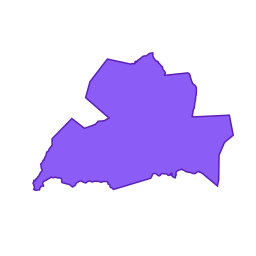 San Lucas, El Paraíso, Honduras (Natural Earth projection), rotated 171°
{"feature_id": "27666195B72821364591060", "entity_name": "San Lucas", "entity_type": "district", "adm_level": 2, "iso_a3": "HND", "parent_name": "Honduras", "parent_adm1": "El Paraíso", "projection": "natural_earth1", "projection_center": [-86.925, 13.744], "detail": "fine", "context": "isolated", "style": "filled", "palette": "violet", "viewbox_px": 256, "rotation_deg": 171, "n_neighbors": 0, "source": "geoboundaries", "source_scale": "gbopen_adm2", "svg_char_len": 5434}
<svg xmlns="http://www.w3.org/2000/svg" viewBox="0 0 256 256"><g transform="rotate(171 128 128)"><path d="M48.7,56.7L47.8,59.4L47.4,60.0L47.2,60.9L46.5,62.6L42.3,87.0L34.9,98.7L25.2,104.4L25.9,124.8L60.7,128.6L62.8,129.3L60.7,135.7L60.2,136.3L59.8,136.9L59.2,138.3L58.6,140.5L58.1,142.1L57.6,143.6L57.0,145.0L56.2,148.6L56.1,148.9L55.6,149.8L55.2,151.2L54.7,153.4L54.3,155.8L54.3,157.5L54.4,158.2L54.5,158.6L54.8,159.0L55.1,159.5L57.0,161.6L57.2,162.1L57.4,162.6L57.7,164.1L58.2,166.9L58.4,168.9L58.5,170.6L58.7,171.3L59.1,172.0L59.4,172.4L60.0,172.9L60.7,173.1L83.7,174.3L83.7,174.5L83.3,175.1L82.7,176.0L82.6,176.4L82.5,176.8L82.6,177.0L83.1,178.5L84.1,179.9L84.2,180.3L84.4,180.9L84.5,181.6L84.5,182.1L84.4,182.7L84.5,183.1L84.6,183.4L85.3,184.0L85.8,184.5L86.2,185.4L86.6,186.2L86.9,186.7L87.0,186.8L87.3,186.9L87.5,187.1L87.7,187.5L87.7,188.4L87.9,188.7L88.3,189.1L89.3,189.7L90.0,190.2L90.5,190.9L91.0,191.7L91.3,192.6L91.7,193.7L92.0,194.6L92.2,195.1L92.1,195.4L92.0,196.2L91.9,196.8L91.8,197.3L91.7,198.2L91.7,198.3L91.8,198.4L92.1,198.2L92.9,198.4L93.3,198.4L95.4,198.2L95.8,197.9L96.3,197.7L98.6,196.4L100.5,196.6L101.2,196.6L101.7,196.5L103.7,195.6L104.5,194.9L105.0,194.5L105.4,194.5L106.5,193.9L107.1,193.7L107.4,193.6L108.0,193.0L108.6,192.1L109.1,191.7L109.3,191.7L109.5,192.0L109.3,192.3L109.3,192.6L109.9,192.6L110.3,192.5L110.7,192.4L110.8,192.2L110.9,191.9L110.9,191.7L110.7,191.3L110.8,190.9L111.1,190.6L111.6,190.5L112.1,190.7L112.6,190.6L113.1,190.7L113.5,191.0L113.8,191.1L114.1,191.0L114.9,190.6L115.1,190.6L137.6,199.3L158.3,179.7L165.1,164.6L145.3,141.0L150.2,138.9L156.6,139.3L156.8,138.9L157.0,138.5L157.3,138.3L157.9,138.1L158.8,137.5L159.3,137.0L159.5,136.7L171.0,134.5L182.0,146.1L204.7,129.2L205.0,127.5L205.5,123.4L205.8,122.8L206.5,122.0L208.8,120.0L209.3,119.4L209.7,118.4L210.2,117.7L210.5,117.6L211.7,117.1L212.1,116.8L212.3,116.6L212.3,116.0L212.7,115.4L213.0,114.5L213.3,113.8L213.5,113.4L214.0,112.8L214.5,112.2L215.3,110.9L215.7,110.4L215.9,110.0L215.9,109.6L216.0,109.4L216.5,109.4L216.7,109.5L216.9,109.4L217.0,109.0L217.1,108.8L217.4,108.5L218.3,107.2L218.7,106.8L219.1,106.6L219.6,106.2L219.8,106.0L220.0,105.7L219.8,105.2L219.8,104.5L219.8,104.2L219.9,103.7L219.8,102.9L219.9,102.2L219.9,101.9L219.8,101.3L219.5,100.7L219.4,100.3L219.3,99.8L219.4,99.6L219.7,99.2L220.5,98.6L220.9,98.2L221.2,97.6L221.9,97.1L222.3,96.6L222.3,96.2L222.7,95.8L223.0,95.3L223.4,94.8L223.6,94.6L224.1,94.4L224.5,94.0L225.7,92.7L226.0,92.4L227.3,91.8L227.5,91.4L227.5,91.2L227.5,90.9L227.6,90.6L227.8,90.5L228.2,90.6L229.1,91.0L229.3,90.7L229.4,90.1L229.5,89.8L230.3,88.7L230.4,88.3L230.4,88.1L230.3,87.8L230.0,86.9L230.0,86.1L229.7,85.1L229.7,84.4L229.8,84.0L230.0,83.3L230.4,82.6L230.8,82.3L230.8,82.1L229.5,81.1L228.7,80.9L228.2,80.8L226.6,80.9L226.0,80.9L225.5,80.7L225.3,80.7L225.0,80.8L224.9,81.0L224.7,81.9L224.4,82.5L223.4,83.3L222.5,84.1L222.3,84.2L221.8,84.1L221.6,84.1L221.2,83.9L220.9,83.8L220.6,83.8L220.4,84.1L220.5,84.5L220.9,86.1L220.9,86.5L220.9,86.9L220.7,87.3L220.3,87.8L219.9,88.2L219.4,88.6L218.9,88.7L217.1,89.1L215.1,90.1L214.2,90.4L213.3,90.6L212.0,91.5L211.9,91.5L211.4,91.2L210.9,91.0L210.1,90.7L209.4,90.6L209.0,90.6L207.7,90.7L207.1,90.8L207.0,90.7L206.7,90.4L206.4,90.2L205.4,89.7L204.5,89.5L203.1,89.4L202.2,88.8L201.9,88.6L201.8,88.4L201.7,86.9L201.6,86.2L201.6,85.9L201.8,84.8L201.8,84.5L201.7,84.4L201.1,84.1L195.4,81.6L194.8,81.3L194.5,81.2L193.5,80.1L192.4,78.8L192.2,78.5L192.0,78.4L191.7,78.5L191.4,78.7L189.5,79.4L189.2,79.7L188.8,80.0L188.3,80.8L187.8,81.5L187.5,81.7L186.5,82.2L185.2,82.7L184.1,83.1L183.5,83.2L183.1,83.2L182.8,83.0L180.3,81.3L178.7,80.4L178.4,80.4L177.9,80.5L176.7,81.2L175.4,81.6L174.7,81.7L174.0,81.7L173.6,81.7L173.3,81.5L173.1,81.1L172.8,80.8L172.4,80.4L172.1,80.3L171.7,80.3L171.2,80.3L169.7,80.6L168.7,80.6L168.2,80.6L167.8,80.3L167.1,80.1L166.6,80.2L166.2,80.3L163.8,79.0L163.5,78.8L162.8,78.6L162.5,78.6L162.3,78.6L162.1,78.7L161.9,78.9L161.6,79.0L160.5,79.0L159.9,78.9L158.9,78.7L158.0,78.6L157.6,78.5L157.3,78.3L156.7,77.8L156.4,77.5L156.2,77.3L156.2,77.2L156.5,76.0L156.5,75.8L156.3,75.7L156.1,75.5L155.8,75.5L155.7,75.4L154.9,74.4L154.8,73.7L154.9,72.6L154.7,72.1L154.3,71.9L153.8,71.7L153.3,71.3L153.0,71.0L152.3,70.0L151.9,69.6L113.5,74.8L113.1,75.3L112.3,76.3L111.8,76.9L111.6,77.2L111.3,77.9L110.9,78.5L110.7,78.7L110.5,78.8L109.9,79.0L109.4,78.9L108.8,78.8L108.2,78.7L107.7,78.5L107.3,78.2L106.9,77.7L105.5,76.2L105.2,76.0L104.7,75.9L104.2,75.9L103.7,76.1L103.2,76.5L102.7,77.0L102.4,77.4L102.1,77.5L101.8,77.6L101.2,77.6L99.1,76.9L97.1,76.7L96.8,76.5L96.6,76.0L96.4,75.7L96.1,75.4L95.8,75.0L95.6,74.9L95.2,74.9L94.6,75.1L94.4,75.1L94.0,74.9L93.7,74.9L93.5,75.1L93.4,75.2L93.3,75.7L93.1,76.1L92.5,76.4L92.3,76.5L92.0,76.5L91.9,76.4L91.8,76.2L91.7,76.0L91.6,75.7L91.7,75.4L92.3,75.0L92.4,74.8L92.4,74.6L92.2,74.1L91.6,73.2L91.1,72.7L90.4,72.1L89.4,71.5L89.2,71.4L89.0,71.6L88.9,71.8L88.3,73.8L88.2,73.9L87.9,73.9L87.8,74.1L87.7,74.5L87.8,74.9L87.8,75.1L87.4,76.8L87.1,77.2L86.7,77.5L84.7,78.3L81.8,78.8L81.3,78.9L81.1,78.7L80.8,78.3L80.6,78.1L80.3,77.9L79.7,77.7L78.6,76.8L77.9,76.1L77.6,75.8L76.6,75.5L74.8,74.7L74.4,74.6L74.0,74.6L73.7,74.5L71.3,73.1L70.2,72.7L69.4,72.5L69.0,72.6L68.6,72.6L68.2,72.8L67.6,73.2L66.9,73.6L66.3,73.8L66.0,73.9L65.6,73.9L65.0,73.8L64.5,73.7L64.1,73.5L64.0,73.4L64.1,73.2L62.4,72.2L62.2,72.0L61.8,71.5L61.3,71.2L61.1,71.0L60.6,70.3L48.7,56.7Z" fill="#8b5cf6" stroke="#5b21b6" stroke-width="1.5"/></g></svg>